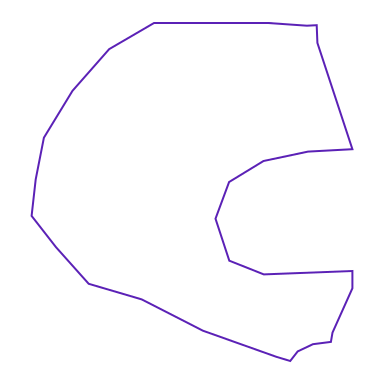 the border of Torbay
{"feature_id": "GBR-2142", "entity_name": "Torbay", "entity_type": "Unitary Authority", "adm_level": 1, "iso_a3": "GBR", "parent_name": "United Kingdom", "parent_adm1": "", "projection": "natural_earth1", "projection_center": [-3.55, 50.443], "detail": "fine", "context": "isolated", "style": "outline", "palette": "violet", "viewbox_px": 384, "rotation_deg": 0, "n_neighbors": 0, "source": "natural_earth", "source_scale": "10m", "svg_char_len": 484}
<svg xmlns="http://www.w3.org/2000/svg" viewBox="0 0 384 384"><path d="M316.7,25.2L317.4,42.9L352.4,149.2L308.0,151.6L263.5,161.0L229.1,182.0L215.5,218.7L229.3,260.7L263.8,274.4L352.4,271.0L352.4,288.3L332.5,332.6L330.9,341.9L312.9,344.2L297.7,351.4L290.2,361.0L276.3,356.8L202.9,330.7L141.7,299.4L88.7,283.8L56.0,247.2L31.6,215.9L35.7,179.4L43.9,137.7L72.5,90.8L109.2,49.1L154.0,23.0L211.1,23.0L268.2,23.0L306.9,25.7L316.7,25.2Z" fill="none" stroke="#5b21b6" stroke-width="2"/></svg>